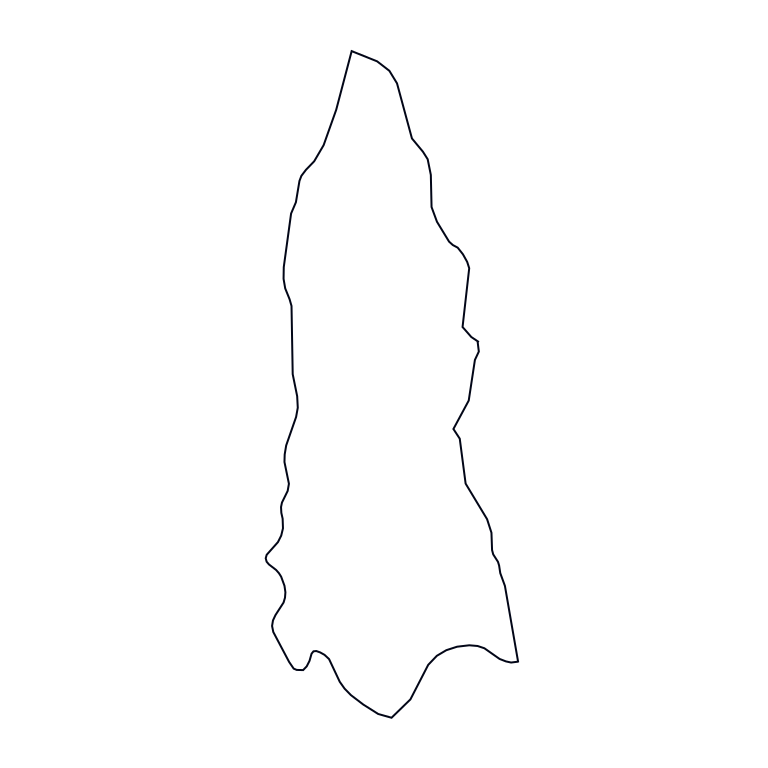 SVG path tracing the border of Calarasi, rotated 268°
{"feature_id": "ROU-129", "entity_name": "Calarasi", "entity_type": "County", "adm_level": 1, "iso_a3": "ROU", "parent_name": "Romania", "parent_adm1": "", "projection": "equal_earth", "projection_center": [26.943, 44.314], "detail": "fine", "context": "isolated", "style": "outline", "palette": "ink", "viewbox_px": 768, "rotation_deg": 268, "n_neighbors": 0, "source": "natural_earth", "source_scale": "10m", "svg_char_len": 1491}
<svg xmlns="http://www.w3.org/2000/svg" viewBox="0 0 768 768"><g transform="rotate(268 384 384)"><path d="M413.1,479.9L404.9,475.7L364.5,468.1L336.6,451.8L326.7,457.8L281.6,462.1L245.3,482.3L231.6,486.2L214.3,486.2L209.9,487.2L202.3,491.7L198.6,492.7L190.9,493.6L178.0,497.8L101.9,508.3L101.8,508.1L101.2,501.3L102.5,496.2L105.2,489.9L116.4,475.1L118.9,468.4L119.9,460.1L118.9,447.9L115.8,437.0L110.5,427.3L101.8,418.4L67.9,399.4L50.2,379.9L54.4,366.7L64.3,352.2L74.2,340.1L80.9,334.0L87.9,329.4L111.0,319.5L115.4,315.1L118.0,310.8L119.5,307.0L119.3,304.2L117.0,302.2L109.9,299.9L104.5,296.9L100.9,293.2L101.3,286.8L102.7,283.8L109.5,279.5L140.0,264.7L146.1,263.7L151.6,264.8L156.9,267.5L169.1,276.0L173.9,277.6L179.3,278.2L185.8,277.5L195.0,274.5L198.6,272.4L201.9,269.7L207.7,262.7L210.5,260.5L214.0,259.7L217.4,260.8L229.7,272.5L236.1,276.0L243.3,278.0L252.9,278.0L258.8,276.9L264.6,276.8L269.1,277.9L280.5,284.0L287.6,285.5L309.5,281.8L317.1,282.3L326.0,284.1L354.1,295.0L363.3,297.0L374.8,296.8L397.0,293.1L465.2,294.3L472.0,292.6L483.0,288.6L492.6,287.3L504.3,287.9L557.6,297.1L568.7,302.3L589.9,306.6L594.9,308.7L600.8,313.5L609.0,322.0L624.8,332.0L659.7,345.8L717.8,363.3L706.7,388.4L696.8,400.3L684.0,407.5L628.4,420.5L614.8,431.0L607.1,435.5L591.3,438.1L559.2,437.7L544.3,442.6L524.0,454.0L520.5,457.6L517.7,462.4L510.9,467.4L503.1,471.4L496.7,473.2L438.2,464.5L432.6,469.1L427.9,472.9L423.1,479.5L422.4,479.1L413.1,479.9Z" fill="none" stroke="#020617" stroke-width="2"/></g></svg>